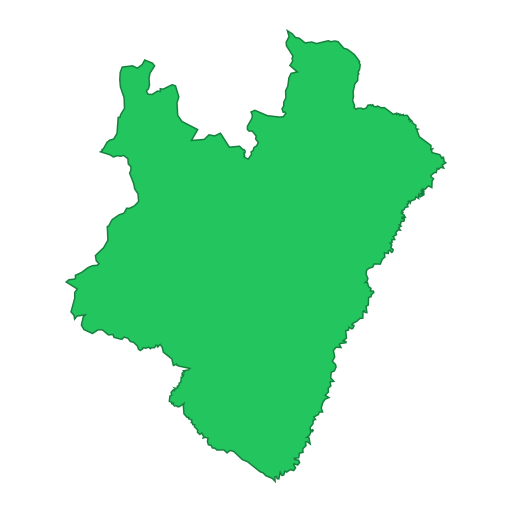 outline of Mpika, Muchinga, Zambia
{"feature_id": "96606910B87532559916375", "entity_name": "Mpika", "entity_type": "district", "adm_level": 2, "iso_a3": "ZMB", "parent_name": "Zambia", "parent_adm1": "Muchinga", "projection": "orthographic", "projection_center": [31.827, -12.049], "detail": "fine", "context": "isolated", "style": "filled", "palette": "green", "viewbox_px": 512, "rotation_deg": 0, "n_neighbors": 0, "source": "geoboundaries", "source_scale": "gbopen_adm2", "svg_char_len": 6042}
<svg xmlns="http://www.w3.org/2000/svg" viewBox="0 0 512 512"><path d="M359.6,61.6L354.4,54.6L347.6,49.4L343.7,48.2L338.1,41.7L335.1,41.0L330.6,41.7L328.4,40.7L316.4,43.6L311.7,42.0L305.1,42.9L299.2,38.2L295.4,37.5L292.2,33.8L287.4,30.7L289.1,36.6L286.2,42.1L286.4,45.7L293.0,56.2L292.0,58.4L292.7,61.1L289.9,65.5L297.3,71.9L291.0,73.4L288.9,77.9L287.8,86.2L285.6,90.8L285.9,97.9L283.8,102.1L283.6,106.4L282.0,108.8L283.1,112.2L284.6,111.9L285.8,113.3L283.3,116.7L279.9,117.1L267.4,115.7L254.9,110.3L251.0,112.0L252.2,114.5L252.2,117.8L247.4,126.3L247.4,129.4L248.9,131.0L252.3,131.1L256.2,136.1L255.6,138.9L258.3,142.5L256.7,145.7L253.9,147.7L253.1,150.6L251.1,151.9L251.5,154.4L248.1,159.2L243.9,156.7L244.7,155.7L243.7,153.2L245.0,152.9L245.1,151.0L244.0,149.5L243.1,149.8L239.5,146.2L229.4,147.2L220.4,133.2L214.7,135.9L209.0,134.8L204.3,139.4L191.4,140.5L197.7,129.6L182.0,121.5L177.7,115.4L177.0,102.9L178.8,96.9L175.5,85.9L172.2,84.7L163.1,89.2L160.3,88.7L160.3,91.4L157.4,91.1L152.1,94.5L148.0,94.2L147.3,93.1L146.4,90.9L148.3,89.1L149.5,85.1L149.0,78.5L149.9,73.3L154.6,65.9L152.4,63.1L144.7,60.0L142.3,64.5L137.3,68.2L132.6,65.8L122.2,67.1L120.2,72.5L119.8,79.8L120.4,86.8L124.1,97.7L124.5,108.4L120.5,114.9L120.2,117.1L118.2,117.4L117.0,133.5L113.7,139.0L109.4,140.3L106.9,142.5L103.5,148.6L102.0,149.7L102.4,150.7L100.5,151.8L110.3,154.9L113.3,157.0L117.2,155.7L120.8,156.2L123.6,155.4L127.9,158.7L128.3,163.9L130.9,166.7L130.9,170.3L129.6,173.1L133.7,183.7L134.7,188.9L138.0,193.8L138.6,201.5L134.3,206.0L129.2,208.4L126.7,208.2L124.1,213.1L119.0,214.9L112.1,219.7L108.6,226.1L107.3,226.5L107.9,240.2L103.7,247.6L95.4,255.6L96.3,260.9L99.0,263.7L97.1,265.3L92.5,265.7L88.2,267.5L81.5,272.5L75.4,275.3L75.5,278.2L74.7,279.1L69.0,279.7L66.2,282.0L77.3,289.0L74.7,292.5L74.7,298.3L71.0,311.9L74.1,315.5L74.6,319.1L77.0,316.1L85.3,314.8L83.2,317.0L81.4,325.2L84.0,329.6L92.5,333.5L98.1,329.8L102.5,329.9L108.4,334.9L112.9,334.5L114.0,337.3L120.8,339.2L122.2,339.1L124.1,337.1L127.9,338.2L130.3,341.5L133.5,342.3L137.3,345.8L138.5,349.2L140.2,350.5L142.6,349.0L143.1,347.7L145.8,348.2L148.5,347.2L150.5,348.7L151.3,347.7L154.5,347.7L156.0,345.2L157.2,345.4L157.4,346.9L157.8,347.0L160.1,344.4L162.2,347.2L163.4,352.2L171.8,358.9L173.4,365.5L176.6,364.1L177.0,365.3L179.3,366.2L189.9,368.4L188.0,370.0L183.4,370.8L184.4,371.8L182.2,373.1L182.1,375.1L183.6,374.7L182.7,377.0L181.2,377.2L180.9,382.1L179.2,383.1L179.0,385.3L177.3,386.3L177.7,387.5L176.2,388.5L174.7,388.1L175.3,388.7L174.2,390.7L173.4,389.8L171.1,392.3L171.7,395.1L169.9,396.1L169.3,401.3L171.6,402.3L171.7,403.7L173.4,403.3L173.0,404.2L174.5,406.0L176.7,405.8L177.4,406.7L179.3,406.7L184.0,403.5L183.3,405.7L184.0,413.9L186.9,417.2L188.8,417.4L188.5,418.7L191.9,420.1L191.3,422.6L192.2,422.6L192.8,424.6L194.6,424.8L194.4,426.7L197.6,429.8L197.5,432.4L199.8,434.4L201.8,433.1L203.6,436.4L203.1,438.0L205.2,437.3L208.1,438.1L207.4,441.5L208.4,444.8L211.1,445.4L212.4,448.0L214.8,448.1L216.9,450.0L223.9,449.9L227.0,452.9L230.2,450.4L233.8,451.5L242.2,459.5L247.7,461.8L260.0,471.7L263.2,472.9L265.8,475.7L272.3,478.4L275.1,481.3L274.8,477.0L276.4,476.6L277.2,478.7L278.8,478.9L280.2,472.3L281.7,475.3L282.7,475.4L283.9,474.7L284.8,471.2L286.7,472.1L290.3,469.6L293.7,470.6L295.6,467.8L293.6,464.8L293.9,463.8L297.7,465.0L299.6,462.6L298.5,460.1L294.7,459.6L294.3,458.4L298.7,457.7L299.5,453.1L303.0,452.4L302.8,448.8L306.0,445.6L305.5,442.1L307.2,441.6L310.1,443.9L308.9,437.4L306.8,437.3L309.7,435.0L310.7,431.9L312.2,431.8L313.2,430.5L312.7,429.7L310.4,430.3L310.2,427.3L312.9,423.9L313.3,420.2L315.5,419.5L313.8,417.0L318.4,414.5L319.3,412.0L322.6,412.0L321.2,408.0L323.0,402.1L325.3,399.1L328.9,397.6L325.1,395.2L328.4,392.1L328.2,388.1L330.8,386.0L330.1,381.8L333.8,381.3L330.7,377.9L331.2,372.2L334.3,371.0L336.1,366.9L335.5,364.5L332.4,361.2L334.7,357.0L333.4,350.4L336.2,347.2L341.0,347.5L339.3,344.4L340.3,343.5L346.0,342.7L345.9,341.5L343.1,340.8L346.5,338.1L345.7,330.7L348.5,330.1L349.0,327.1L351.5,328.8L352.7,328.5L354.0,325.9L353.7,325.1L352.1,325.1L352.2,323.6L356.7,321.4L359.8,318.5L362.8,318.2L363.0,311.5L363.9,310.8L365.2,312.5L366.9,312.6L366.1,306.3L368.3,305.0L368.6,297.5L371.0,296.7L371.6,294.5L373.8,292.4L373.4,291.1L370.4,291.0L371.0,288.3L368.6,286.7L367.5,282.7L365.2,282.5L367.1,281.1L367.9,278.5L366.0,274.1L366.6,270.3L368.8,268.3L372.7,267.1L374.2,264.0L380.3,264.1L382.3,259.2L384.9,257.0L384.4,252.8L388.3,253.5L388.6,250.8L389.6,250.1L391.6,252.4L392.5,251.9L393.2,249.5L390.8,247.8L391.8,245.0L390.1,243.1L392.1,242.5L391.8,239.9L394.7,239.5L393.2,236.5L396.5,234.6L395.8,232.3L398.1,230.0L400.3,230.1L398.5,227.7L401.1,226.1L399.1,224.9L400.7,224.0L400.9,221.6L403.8,221.2L404.2,220.1L404.2,218.8L402.0,218.7L402.0,217.2L405.3,217.4L403.8,214.7L401.4,213.1L403.0,212.2L401.8,210.9L404.1,209.6L405.1,207.5L408.0,206.7L407.1,204.1L408.7,203.6L408.2,201.3L409.4,201.1L410.4,202.7L410.6,201.1L415.0,199.4L416.0,196.8L418.7,198.5L418.7,194.9L420.3,196.8L423.9,194.8L423.9,194.0L421.6,194.7L420.3,193.6L423.1,192.9L421.2,190.7L422.5,190.6L424.3,192.5L422.5,189.1L424.7,189.6L428.4,185.8L431.8,187.6L432.1,181.0L433.6,178.8L431.2,177.0L430.9,175.5L434.3,172.6L436.2,172.6L437.2,168.4L438.8,169.2L440.6,167.3L443.7,168.1L442.2,165.0L445.8,162.8L444.0,161.4L443.7,158.3L442.4,158.2L443.0,157.3L441.4,157.5L439.8,154.7L432.1,152.6L431.5,150.3L432.5,148.9L430.8,149.3L431.0,145.5L419.2,136.7L416.8,129.7L417.9,129.2L416.2,128.8L415.7,127.5L416.0,125.4L413.3,123.6L411.7,120.8L410.3,121.4L410.7,119.9L409.6,118.8L408.7,119.4L408.8,117.4L407.1,115.3L403.6,115.5L403.2,114.5L402.1,115.2L400.3,114.3L399.8,115.2L398.7,113.7L396.8,114.4L396.8,113.2L393.2,114.3L384.4,107.6L381.1,107.8L377.3,106.0L376.3,106.9L373.7,106.3L372.7,104.7L371.4,105.6L370.7,104.8L367.9,105.2L366.5,107.8L363.2,109.2L361.6,108.2L357.7,108.2L356.1,109.3L354.0,107.3L354.6,105.9L352.6,100.3L353.5,96.5L353.1,91.9L354.8,84.0L357.7,80.4L357.9,74.8L358.8,74.0L358.2,72.1L359.6,69.3L360.2,64.7L359.1,62.5L359.6,61.6Z" fill="#22c55e" stroke="#15803d" stroke-width="1.5"/></svg>